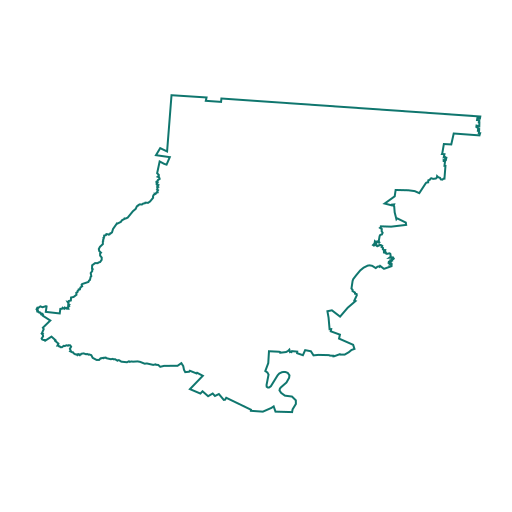 outline of Balancán, Tabasco, Mexico, rotated 274°
{"feature_id": "50627088B87279423420052", "entity_name": "Balancán", "entity_type": "district", "adm_level": 2, "iso_a3": "MEX", "parent_name": "Mexico", "parent_adm1": "Tabasco", "projection": "equal_earth", "projection_center": [-91.389, 17.796], "detail": "fine", "context": "isolated", "style": "outline", "palette": "teal", "viewbox_px": 512, "rotation_deg": 274, "n_neighbors": 0, "source": "geoboundaries", "source_scale": "gbopen_adm2", "svg_char_len": 6039}
<svg xmlns="http://www.w3.org/2000/svg" viewBox="0 0 512 512"><g transform="rotate(274 256 256)"><path d="M118.6,199.4L114.9,210.1L117.3,212.1L112.8,218.0L115.8,222.4L113.5,224.8L115.7,228.6L110.2,233.9L110.5,235.2L112.5,236.2L102.3,261.7L101.2,261.7L101.2,273.7L105.5,281.9L107.2,284.1L102.1,286.3L102.8,302.9L105.6,303.2L111.2,306.1L114.8,305.8L118.3,301.7L118.7,294.6L121.2,290.6L123.6,288.8L125.4,289.1L126.7,290.0L131.9,295.2L136.7,297.5L139.3,297.7L141.6,295.8L142.3,293.6L142.3,291.9L141.9,290.0L140.4,287.4L138.5,285.9L127.1,279.9L125.7,278.2L125.6,277.0L126.3,275.8L128.0,275.5L138.5,276.8L140.6,275.5L141.9,273.3L150.0,275.7L161.9,275.6L162.1,285.8L161.8,286.9L161.2,287.0L162.3,292.7L163.5,294.6L164.9,295.8L162.6,296.6L162.9,297.1L162.6,298.1L163.6,298.5L163.5,303.8L161.9,303.8L160.3,309.7L165.5,311.6L164.8,317.4L160.9,320.3L161.7,325.1L162.2,335.7L161.8,336.7L161.9,340.1L161.3,340.2L161.4,340.9L163.9,346.5L163.5,346.9L163.8,351.3L166.5,355.3L168.9,357.8L170.2,360.7L174.2,359.1L179.4,344.6L183.4,345.2L186.1,335.8L188.3,336.1L188.1,334.5L199.5,332.7L205.9,331.1L207.1,335.5L201.4,344.1L210.8,351.1L218.0,358.4L218.4,357.2L223.9,359.3L225.1,359.0L225.3,357.4L226.4,357.3L227.8,354.7L229.0,354.7L230.2,353.5L237.9,354.1L239.7,354.6L243.8,357.3L248.9,361.0L251.9,364.2L254.2,368.1L254.6,370.0L254.3,372.6L252.3,376.3L253.8,377.9L254.2,379.3L253.8,380.0L254.8,380.5L252.2,384.4L252.3,385.0L255.3,391.9L256.7,391.9L256.9,390.8L257.8,391.4L257.9,390.7L257.4,390.1L258.2,390.2L257.9,389.4L258.6,388.1L258.6,388.7L259.4,388.9L259.2,390.0L259.5,389.6L260.5,390.1L260.0,391.2L260.4,391.5L261.1,391.0L261.1,392.0L262.1,391.7L262.3,393.0L263.0,393.6L264.2,392.7L263.6,389.2L264.8,390.5L267.6,389.8L268.0,389.0L267.3,386.5L267.4,385.8L268.5,385.3L268.2,384.7L268.4,383.4L269.5,383.3L269.6,384.3L270.9,384.5L270.7,382.5L271.1,383.1L271.5,382.1L272.9,382.1L273.8,380.6L274.9,381.2L275.5,380.2L275.9,378.3L275.1,378.1L274.2,376.3L274.9,375.2L275.7,375.4L276.2,375.0L276.0,374.2L274.6,372.9L275.1,372.0L276.8,373.4L279.0,373.6L277.6,375.3L279.0,375.9L278.0,377.7L278.3,378.1L279.3,377.4L284.4,377.9L285.7,378.5L286.3,380.1L288.0,380.7L289.5,379.6L291.7,379.6L292.7,377.8L293.3,378.5L294.3,378.5L294.7,388.8L297.5,403.6L299.8,403.1L303.3,394.5L303.4,394.1L302.5,393.5L309.2,391.3L315.1,390.4L315.6,389.8L317.1,390.2L316.7,387.9L316.0,387.8L317.3,380.7L325.2,390.2L331.6,390.7L332.2,403.3L331.8,409.8L330.1,414.5L340.5,420.3L341.1,420.9L341.5,422.6L343.5,422.6L344.2,424.1L345.4,424.8L345.8,425.4L345.3,427.3L345.8,430.0L346.9,431.0L348.3,431.1L347.3,432.3L346.8,434.1L345.3,435.0L345.2,436.6L346.3,437.8L346.3,438.6L359.1,438.7L359.1,437.7L363.8,438.0L363.8,436.6L364.8,436.5L364.9,438.7L367.0,439.0L366.8,437.9L367.8,437.9L367.5,436.4L370.7,436.9L370.7,434.4L371.6,434.7L371.7,435.2L371.8,434.7L380.8,435.6L380.9,443.0L392.0,444.7L391.9,470.5L394.1,471.0L394.1,469.7L396.0,469.8L396.3,468.6L397.9,468.7L397.4,469.8L398.4,469.8L400.1,466.8L401.5,466.9L401.0,469.7L405.0,469.5L405.0,469.0L406.9,469.3L407.0,467.0L409.0,467.2L409.0,469.8L410.8,470.0L410.7,210.5L407.3,210.4L407.3,195.1L410.7,195.6L410.5,160.5L354.1,160.0L356.9,152.9L349.6,149.2L348.6,163.1L340.9,160.4L341.5,158.0L343.6,153.3L331.7,151.6L330.1,153.4L329.2,153.4L328.2,152.4L327.7,153.9L326.2,154.5L324.9,152.8L324.1,152.8L323.2,151.5L322.2,151.6L322.1,152.6L320.7,152.0L320.0,153.6L318.9,152.6L318.0,153.6L317.4,152.7L315.7,153.1L315.3,152.8L314.8,153.7L313.5,153.0L312.6,153.4L312.1,152.1L311.1,151.6L311.1,150.8L310.7,151.0L309.9,149.7L308.4,149.1L306.9,149.3L303.0,146.5L301.5,144.6L301.5,141.9L300.9,141.6L300.4,139.7L299.4,138.6L299.4,136.4L298.6,135.1L298.2,135.1L297.3,133.7L294.6,132.7L292.1,130.1L285.3,125.3L284.2,123.2L284.3,122.2L283.6,121.9L282.3,119.8L280.6,118.8L278.6,115.4L278.8,115.0L273.0,111.5L269.5,110.7L268.5,109.6L268.5,109.1L267.4,108.5L267.0,107.7L267.3,107.3L267.4,105.2L266.3,104.8L265.8,103.1L264.3,103.2L263.4,102.5L262.8,102.9L261.2,102.3L260.4,102.6L259.8,102.2L257.2,102.4L254.3,99.7L252.0,98.7L250.0,99.3L248.5,101.1L247.7,100.3L245.5,100.5L243.7,102.2L241.4,102.3L239.1,100.9L238.5,99.3L237.8,98.6L237.7,96.0L235.3,93.2L232.1,93.3L231.6,93.9L231.3,93.5L229.6,93.7L227.4,92.3L224.4,93.1L223.7,92.5L220.5,92.0L219.9,91.2L218.4,90.6L215.9,84.5L215.0,84.0L213.7,84.7L212.3,83.0L210.5,82.7L210.3,81.4L209.3,81.3L208.7,80.5L207.5,80.4L206.8,79.3L204.8,79.6L202.4,76.9L201.7,74.4L198.7,74.4L198.0,72.3L196.5,72.3L196.8,71.4L195.4,72.3L194.4,72.1L194.2,72.9L193.6,72.3L192.9,73.0L192.3,72.2L191.6,72.3L191.8,71.8L191.5,71.6L190.3,72.3L190.3,71.1L191.3,71.2L190.5,70.0L191.2,68.9L190.0,68.3L190.9,66.7L189.8,66.1L189.6,64.5L185.0,64.2L185.6,50.2L191.1,50.6L191.3,49.9L190.0,46.6L190.7,44.4L189.6,43.2L189.2,41.5L188.0,41.0L188.0,41.9L187.3,41.6L186.6,42.2L186.2,42.0L186.4,41.4L185.3,41.7L185.0,43.2L184.5,43.6L184.7,44.3L183.3,45.4L183.7,45.6L183.4,45.9L183.5,47.0L182.7,47.5L182.3,46.8L181.6,47.4L177.3,55.3L169.6,48.4L168.3,49.3L164.5,48.0L163.9,48.6L163.5,47.8L162.2,49.0L161.0,49.2L158.8,47.9L157.9,48.4L157.4,49.8L157.5,51.2L156.8,51.6L161.3,57.6L158.0,61.9L157.4,61.5L154.8,65.0L152.8,64.2L152.9,65.2L152.2,65.6L152.1,66.6L151.4,67.3L151.5,68.8L153.0,70.5L152.8,71.5L153.7,73.1L153.4,74.7L153.9,75.1L153.9,76.9L152.6,77.9L150.4,76.8L148.6,77.8L148.0,77.3L147.2,79.2L147.2,80.1L146.2,80.9L145.3,82.6L145.3,84.0L144.7,84.6L145.5,85.2L145.0,86.4L145.6,86.3L145.3,87.9L146.3,88.6L146.8,90.9L146.1,93.4L146.5,94.3L145.9,95.9L146.2,96.3L145.6,98.6L143.0,100.2L141.2,104.2L141.4,106.8L143.1,108.1L143.1,109.0L143.6,109.6L143.4,111.0L144.0,111.5L143.9,112.6L144.2,113.2L143.6,114.0L142.9,118.4L143.4,120.3L143.0,121.2L143.2,122.6L141.9,125.1L142.5,125.8L142.4,126.9L141.2,129.0L141.0,134.7L142.1,136.6L141.6,137.3L142.1,139.1L142.0,140.7L142.6,145.3L142.3,147.8L140.8,152.5L141.2,154.6L140.2,161.1L140.9,163.4L140.5,163.8L140.5,166.1L138.8,168.2L140.0,172.0L141.0,185.4L143.9,189.0L141.1,191.1L137.5,192.1L135.2,193.5L135.9,197.4L136.9,198.0L134.7,204.9L135.4,205.4L132.8,211.3L118.6,199.4Z" fill="none" stroke="#0f766e" stroke-width="2"/></g></svg>